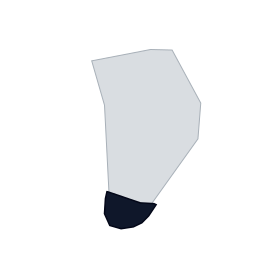 where Saint Lucy sits in Barbados, rotated 217°
{"feature_id": "BRB-1995", "entity_name": "Saint Lucy", "entity_type": "Parish", "adm_level": 1, "iso_a3": "BRB", "parent_name": "Barbados", "parent_adm1": "", "projection": "orthographic", "projection_center": [-59.624, 13.309], "detail": "fine", "context": "in_parent", "style": "filled", "palette": "ink", "viewbox_px": 256, "rotation_deg": 217, "n_neighbors": 0, "source": "natural_earth", "source_scale": "10m", "svg_char_len": 468}
<svg xmlns="http://www.w3.org/2000/svg" viewBox="0 0 256 256"><g transform="rotate(217 128 128)"><path d="M157.2,204.3L139.7,216.8L84.9,191.7L65.6,161.4L63.2,65.3L96.9,56.1L160.5,132.1L197.4,159.8L157.2,204.3Z" fill="#d9dde1" stroke="#a8b0b8" stroke-width="1"/><path d="M59.4,83.7L58.6,70.3L59.9,60.6L64.2,52.3L72.9,43.4L83.9,39.2L95.2,45.4L103.6,58.1L106.5,64.5L106.0,64.8L73.1,75.6L61.8,83.2L59.4,83.7Z" fill="#0f172a" stroke="#020617" stroke-width="1.5"/></g></svg>